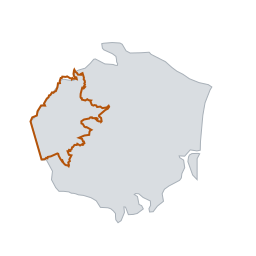 Koinadugu, Northern, Sierra Leone (highlighted), rotated 254°
{"feature_id": "65957751B98964407864499", "entity_name": "Koinadugu", "entity_type": "district", "adm_level": 2, "iso_a3": "SLE", "parent_name": "Sierra Leone", "parent_adm1": "Northern", "projection": "albers", "projection_center": [-11.318, 9.329], "detail": "medium", "context": "in_parent", "style": "outline", "palette": "amber", "viewbox_px": 256, "rotation_deg": 254, "n_neighbors": 0, "source": "geoboundaries", "source_scale": "gbopen_adm2", "svg_char_len": 3305}
<svg xmlns="http://www.w3.org/2000/svg" viewBox="0 0 256 256"><g transform="rotate(254 128 128)"><path d="M216.3,126.0L216.2,127.9L214.5,136.4L211.9,143.7L210.1,145.5L202.7,147.4L199.5,150.7L196.8,161.0L195.0,169.2L192.4,170.5L181.4,182.3L174.2,186.8L169.2,190.6L164.5,195.6L158.5,200.5L152.1,208.7L147.5,217.2L144.3,219.9L142.0,217.4L131.0,209.0L119.5,203.4L94.9,193.9L86.7,191.3L87.0,187.9L89.8,181.8L85.3,174.7L87.1,169.5L85.3,169.5L81.8,172.6L74.3,171.6L69.3,167.2L65.3,165.5L63.5,163.2L61.0,151.4L59.1,146.1L55.4,142.7L47.8,141.9L44.8,134.7L40.6,129.1L41.3,125.6L44.7,125.9L47.4,128.4L51.7,129.4L57.0,123.4L61.8,120.2L62.9,117.3L62.4,115.7L59.5,118.2L51.5,117.5L49.6,119.7L46.0,120.4L43.3,113.3L43.5,109.1L44.6,104.5L52.6,103.8L53.3,102.3L47.8,101.3L40.9,95.9L39.7,92.3L43.1,91.0L46.4,91.6L49.2,92.4L52.3,91.1L55.2,89.1L56.9,86.6L59.3,79.6L66.8,77.4L71.2,73.2L75.5,66.6L77.4,62.0L79.1,59.7L80.2,57.7L81.0,55.5L82.9,53.5L84.9,48.6L86.2,44.2L90.6,42.1L99.4,40.2L107.3,43.5L120.1,40.7L120.8,36.5L132.6,36.4L146.5,36.4L158.1,36.3L162.1,37.4L163.5,40.5L167.4,45.4L171.4,48.8L176.3,56.2L182.1,64.8L188.3,72.6L192.3,76.8L192.8,78.3L192.5,80.0L190.5,83.9L188.8,88.2L189.0,89.8L190.2,90.6L196.7,92.0L197.3,96.7L197.3,103.3L200.5,109.5L203.5,114.0L203.4,115.6L196.0,123.4L193.2,131.1L191.7,133.3L191.1,135.0L192.6,135.8L194.6,135.3L197.5,135.9L200.2,136.1L203.8,133.4L209.8,126.3L211.8,125.4L216.3,126.0ZM84.3,188.3L83.5,189.8L79.5,186.0L59.3,180.2L65.0,177.2L79.1,176.3L83.3,178.1L85.1,179.6L85.8,182.4L84.3,188.3Z" fill="#d9dde1" stroke="#a8b0b8" stroke-width="1"/><path d="M196.4,93.0L198.9,92.5L198.3,92.0L195.0,90.5L192.9,90.4L191.4,91.1L190.9,92.3L189.1,92.2L190.1,90.8L190.4,88.8L191.3,88.3L190.6,87.5L191.2,87.5L191.9,86.0L194.4,83.7L194.2,82.4L195.5,79.0L194.3,78.1L194.6,77.1L191.8,75.2L189.9,75.0L190.3,73.0L186.6,71.4L183.3,68.8L183.2,67.3L182.4,66.1L183.2,64.8L181.1,62.4L181.1,61.0L179.4,60.0L178.7,58.1L174.8,54.1L172.4,54.4L173.6,50.7L169.0,45.6L165.1,43.8L164.6,38.9L161.2,36.1L121.6,36.2L120.9,39.4L121.9,41.1L121.1,42.2L122.3,43.0L122.0,45.9L123.0,53.1L122.4,53.8L120.6,53.7L116.9,54.5L115.2,55.1L115.2,55.8L114.0,55.5L113.7,56.2L113.0,56.0L110.4,57.2L109.3,58.2L108.8,59.7L107.6,60.4L108.5,61.0L111.4,61.1L112.2,63.0L113.9,62.9L117.3,66.1L118.5,63.8L122.3,63.5L122.0,65.0L122.5,64.6L123.3,65.3L122.6,66.5L123.0,67.8L124.9,69.0L124.9,69.9L126.5,71.9L125.8,74.1L126.8,74.9L124.4,77.1L125.1,79.7L123.5,80.0L124.9,80.4L125.4,81.9L127.2,81.8L127.5,81.0L130.1,80.9L132.1,78.2L132.8,84.0L132.1,88.8L134.9,89.9L135.9,90.8L136.3,92.3L140.3,88.4L140.2,87.8L141.2,86.5L144.2,85.7L145.2,84.5L147.3,85.0L148.3,88.1L147.8,93.4L148.6,94.7L148.2,96.3L147.3,96.4L146.3,100.2L145.6,99.7L145.2,101.2L144.4,100.9L144.3,100.1L143.6,100.4L142.4,101.8L141.8,103.8L141.3,103.8L141.7,104.5L145.1,104.9L147.2,103.4L148.2,103.7L151.6,111.2L152.1,113.9L153.6,115.7L154.7,115.5L153.6,113.3L154.2,108.8L156.2,107.3L156.7,104.1L158.4,103.7L159.3,102.0L159.1,100.9L160.2,99.6L163.9,99.2L164.6,100.1L165.7,97.6L166.9,96.8L166.2,94.6L168.0,91.5L169.4,91.8L169.9,91.0L170.9,90.9L173.9,91.9L179.2,95.0L178.2,96.2L179.3,98.0L180.2,97.0L181.5,98.6L182.9,98.3L183.8,99.2L185.5,99.4L187.0,98.8L188.5,99.5L193.3,99.4L193.0,97.7L192.1,97.5L193.1,94.6L195.2,94.0L196.4,93.0Z" fill="none" stroke="#b45309" stroke-width="2"/></g></svg>